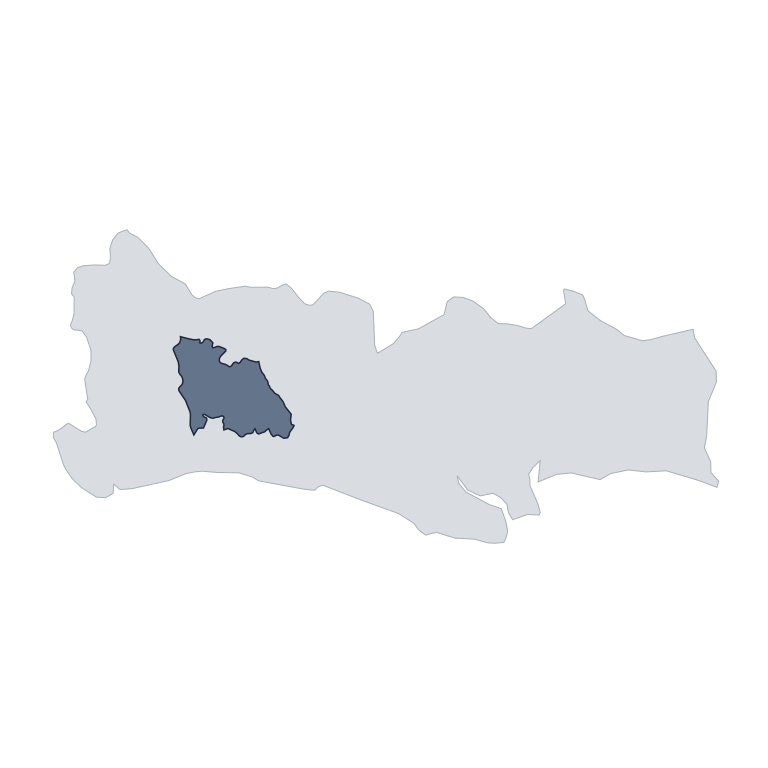 location of Viseu within Portugal, rotated 268°
{"feature_id": "PRT-755", "entity_name": "Viseu", "entity_type": "District", "adm_level": 1, "iso_a3": "PRT", "parent_name": "Portugal", "parent_adm1": "", "projection": "mercator", "projection_center": [-7.901, 40.768], "detail": "fine", "context": "in_parent", "style": "filled", "palette": "slate", "viewbox_px": 768, "rotation_deg": 268, "n_neighbors": 0, "source": "natural_earth", "source_scale": "10m", "svg_char_len": 4714}
<svg xmlns="http://www.w3.org/2000/svg" viewBox="0 0 768 768"><g transform="rotate(268 384 384)"><path d="M291.1,77.9L300.5,68.9L309.8,63.0L315.0,60.7L336.5,54.6L342.1,51.6L347.4,52.1L348.3,55.0L351.3,60.7L354.7,64.7L355.7,67.6L347.4,79.8L346.2,84.0L350.6,91.9L351.3,94.2L353.4,95.2L359.2,94.9L369.5,89.9L376.5,85.6L379.0,87.4L399.3,85.0L404.1,86.9L407.3,89.1L417.3,92.0L428.2,92.3L441.6,88.2L447.5,84.1L448.6,79.5L448.9,76.0L450.7,73.8L453.7,72.6L458.5,74.8L465.4,76.7L481.8,77.4L485.1,74.8L490.7,75.6L498.0,78.8L506.5,77.8L510.8,81.7L512.6,86.9L513.1,98.2L512.4,109.7L514.1,113.9L519.9,115.0L529.1,114.8L537.5,117.9L544.0,123.3L546.1,128.9L547.0,132.6L543.8,134.8L539.3,142.9L528.0,153.5L511.7,163.0L499.3,174.9L490.8,189.0L480.1,195.0L476.9,198.2L475.6,202.1L482.6,219.3L484.8,232.6L486.6,248.9L485.4,253.5L484.8,271.3L483.2,276.6L483.6,280.8L486.2,285.4L487.4,289.7L482.5,295.2L473.6,301.7L467.0,307.3L465.2,312.6L465.7,315.9L476.8,327.1L478.8,331.7L477.3,342.7L470.9,360.7L464.8,371.7L463.7,372.8L456.7,375.9L423.1,376.0L415.0,378.5L416.1,380.7L424.0,394.7L432.2,402.2L435.0,403.9L437.9,420.3L451.2,446.4L464.1,450.1L468.6,456.6L467.8,465.7L463.8,475.8L455.9,486.0L446.5,493.2L440.3,500.4L439.9,508.7L437.9,519.3L434.9,527.6L434.2,533.2L457.8,568.4L470.9,566.7L472.7,567.5L470.3,575.9L466.1,585.7L461.2,587.5L449.9,590.5L439.3,603.2L430.6,618.3L424.1,625.7L418.2,643.7L418.9,651.5L421.8,663.5L427.9,694.7L419.2,696.1L385.2,716.4L374.7,716.4L355.0,707.5L320.3,704.6L309.0,701.9L294.9,707.8L284.0,707.6L275.3,715.1L269.1,713.1L276.2,696.3L287.4,663.1L287.0,642.8L289.6,625.1L286.6,607.5L280.9,596.6L288.6,568.0L287.7,553.3L280.7,534.6L302.0,537.4L295.4,530.0L288.9,525.5L282.7,526.5L277.4,526.3L259.3,533.5L250.2,535.7L247.6,534.4L248.6,522.8L243.9,507.8L251.1,503.8L259.5,502.7L266.7,496.3L271.1,489.1L268.8,476.3L275.0,464.1L289.7,453.8L282.1,455.4L273.4,461.8L259.8,485.0L255.3,496.8L243.7,500.6L233.3,502.5L227.9,501.3L221.5,498.3L221.0,489.6L221.5,482.7L225.8,468.9L227.5,449.4L233.7,431.9L233.2,427.2L231.5,420.3L237.0,413.5L243.8,409.0L254.1,393.9L268.5,357.8L285.0,319.4L283.7,314.7L280.2,311.1L281.6,300.7L291.6,255.3L295.6,249.3L300.3,235.9L301.4,214.3L303.2,199.4L302.8,191.9L301.3,182.8L295.0,165.6L288.3,128.9L287.7,116.6L293.3,110.4L284.2,109.5L280.1,101.6L281.0,92.6L291.1,77.9Z" fill="#d9dde1" stroke="#a8b0b8" stroke-width="1"/><path d="M408.9,179.7L413.5,179.1L425.3,174.7L426.8,174.7L428.3,175.8L431.3,180.2L432.5,181.3L435.9,182.4L438.4,182.2L435.9,190.7L435.0,194.6L434.7,197.1L435.1,200.7L433.9,201.6L431.5,201.4L431.2,202.0L431.2,202.7L432.0,204.3L432.8,205.0L433.7,205.6L434.6,206.0L435.1,206.8L435.3,207.8L435.2,209.2L434.4,211.5L431.2,214.4L427.4,213.5L426.2,214.2L426.6,216.9L427.1,217.6L427.4,218.9L427.3,220.4L425.0,225.7L424.0,227.1L422.4,227.0L421.6,226.1L421.1,225.6L417.7,222.0L416.2,220.8L415.2,220.4L412.8,220.2L411.6,220.8L410.8,221.6L410.4,222.2L409.3,225.8L408.2,227.9L407.0,229.4L406.7,230.3L406.8,231.2L407.6,232.3L410.2,234.3L410.7,235.1L411.0,236.0L411.0,236.9L410.7,237.7L409.6,239.1L410.6,241.0L412.8,242.5L414.6,244.8L414.1,248.0L412.7,249.7L410.4,256.9L410.8,259.6L404.1,260.8L399.9,262.4L396.8,264.7L393.8,265.7L391.2,267.6L390.1,268.0L387.1,268.4L386.1,269.4L384.1,270.0L383.0,270.7L381.9,272.0L378.5,274.6L376.2,278.3L374.4,279.3L370.0,282.4L364.6,284.6L357.0,290.2L351.2,289.3L347.0,290.1L346.6,290.5L346.3,291.1L346.3,291.7L346.0,292.3L345.8,292.6L345.2,292.6L344.4,291.9L342.8,291.1L341.2,289.7L338.9,288.0L335.8,287.2L334.8,286.4L333.7,285.9L333.3,281.9L336.2,277.4L336.6,276.3L336.6,274.6L335.6,272.8L335.4,271.9L335.6,271.2L337.9,269.4L343.4,267.2L342.2,265.2L341.6,264.4L340.9,263.8L340.3,262.9L339.7,260.6L338.6,257.7L338.5,256.8L339.1,255.8L339.8,255.1L343.8,253.5L342.2,252.2L340.4,251.4L339.9,251.1L339.2,249.3L339.1,245.6L338.8,244.7L338.2,243.6L336.8,242.1L336.3,241.3L336.2,240.4L336.2,239.8L336.2,239.3L337.2,237.5L339.5,235.7L341.8,233.1L343.8,228.7L344.7,227.2L344.9,226.4L343.7,222.4L346.8,222.1L347.6,222.4L348.8,222.6L350.0,222.4L351.7,221.5L352.9,221.5L353.8,221.8L354.5,222.4L355.4,222.8L356.3,222.9L357.1,222.6L357.6,221.7L357.7,220.2L356.8,217.8L356.4,214.4L355.9,212.6L355.8,211.7L356.1,210.2L356.6,208.8L359.7,204.1L359.9,203.5L359.9,203.3L360.0,203.0L359.9,202.4L359.6,201.9L358.9,201.9L357.5,203.0L357.2,203.4L357.0,203.9L356.3,205.4L355.0,205.7L353.8,205.6L346.3,202.0L346.3,199.1L346.4,198.3L346.1,197.0L345.7,196.2L339.7,192.2L346.4,189.6L349.7,188.8L359.6,189.5L362.5,189.3L374.6,185.0L379.0,182.2L384.3,178.9L386.3,178.6L387.6,179.2L389.9,181.5L391.2,182.5L392.9,183.0L394.8,183.1L396.7,182.8L398.4,182.2L401.2,180.2L402.7,179.4L404.4,179.3L404.7,179.3L408.9,179.7Z" fill="#64748b" stroke="#1e293b" stroke-width="1.5"/></g></svg>